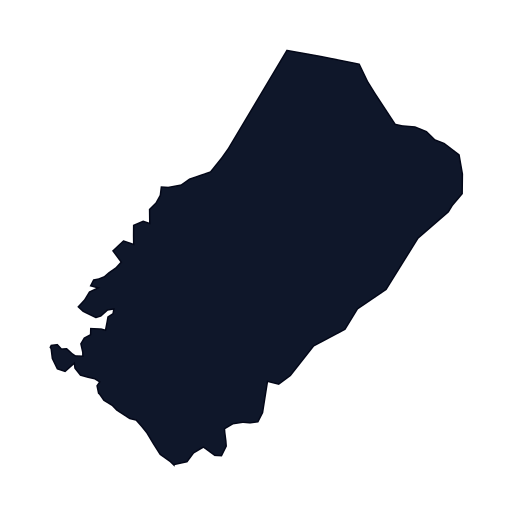 Palaiomylos, Limassol, Cyprus (Equal Earth projection), rotated 266°
{"feature_id": "46923920B61941903243281", "entity_name": "Palaiomylos", "entity_type": "district", "adm_level": 2, "iso_a3": "CYP", "parent_name": "Cyprus", "parent_adm1": "Limassol", "projection": "equal_earth", "projection_center": [32.822, 34.928], "detail": "fine", "context": "isolated", "style": "filled", "palette": "ink", "viewbox_px": 512, "rotation_deg": 266, "n_neighbors": 0, "source": "geoboundaries", "source_scale": "gbopen_adm2", "svg_char_len": 1491}
<svg xmlns="http://www.w3.org/2000/svg" viewBox="0 0 512 512"><g transform="rotate(266 256 256)"><path d="M90.5,246.3L99.3,251.6L130.2,258.7L126.6,269.7L134.4,281.9L162.3,307.2L176.7,339.6L196.2,353.5L213.6,383.4L262.5,418.8L286.6,450.9L292.8,455.3L303.8,466.0L323.3,467.6L342.7,465.6L355.1,451.5L359.4,442.4L368.1,434.7L373.6,423.6L375.6,410.8L377.6,404.0L409.7,386.0L422.2,379.4L440.1,372.3L450.1,336.0L458.9,301.2L365.1,236.0L356.3,228.8L343.0,216.5L337.3,195.1L332.0,186.4L330.5,173.3L331.4,166.4L323.2,164.8L315.8,160.0L309.9,153.1L295.8,152.3L298.5,145.9L295.1,136.1L284.8,135.3L276.0,134.8L280.2,124.9L271.1,113.7L259.3,121.2L253.9,115.5L249.7,108.4L245.9,103.4L244.0,97.5L243.4,92.4L237.8,89.0L235.2,96.4L231.7,87.4L224.2,82.1L217.7,75.2L212.8,79.8L205.8,92.0L207.0,97.0L212.5,104.1L213.1,110.5L208.4,109.4L205.5,104.1L200.6,102.9L192.4,100.7L193.9,96.5L195.1,86.1L189.0,85.5L186.1,79.0L180.6,75.2L172.0,76.5L168.1,76.3L168.9,68.8L171.4,65.6L176.7,60.6L176.7,55.4L181.4,51.6L181.1,45.5L179.2,44.4L177.9,45.2L168.0,45.7L157.3,50.0L154.2,57.5L161.8,67.3L156.7,67.6L149.4,72.6L146.8,79.9L144.8,86.6L141.3,91.4L137.6,88.4L130.1,89.4L129.1,90.4L122.7,94.2L117.0,102.2L111.9,106.5L102.7,118.7L100.7,125.0L94.2,130.0L87.3,134.8L75.9,140.6L64.8,146.6L57.0,156.1L53.1,159.6L53.7,159.7L55.6,172.8L63.9,179.9L69.1,190.2L60.0,201.0L59.2,207.6L68.4,213.0L73.6,213.0L82.5,212.5L85.9,212.5L90.3,221.3L91.1,231.3L90.0,238.4L90.5,246.3Z" fill="#0f172a" stroke="#020617" stroke-width="1.5"/></g></svg>